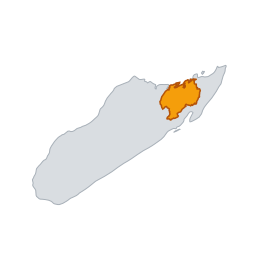 location of Sofia within Madagascar, rotated 43°
{"feature_id": "MDG-5880", "entity_name": "Sofia", "entity_type": "Autonomous Province", "adm_level": 1, "iso_a3": "MDG", "parent_name": "Madagascar", "parent_adm1": "", "projection": "equal_earth", "projection_center": [48.484, -15.315], "detail": "fine", "context": "in_parent", "style": "filled", "palette": "amber", "viewbox_px": 256, "rotation_deg": 43, "n_neighbors": 0, "source": "natural_earth", "source_scale": "10m", "svg_char_len": 7927}
<svg xmlns="http://www.w3.org/2000/svg" viewBox="0 0 256 256"><g transform="rotate(43 128 128)"><path d="M160.9,21.6L161.5,23.4L162.1,25.1L164.2,29.2L165.1,30.8L165.9,32.4L166.3,35.8L167.6,41.0L168.8,48.8L169.2,56.8L169.6,60.5L170.5,64.0L172.1,67.5L172.6,71.5L171.6,75.6L170.2,79.5L169.9,80.2L169.2,81.2L168.9,81.2L167.8,80.2L166.8,78.5L165.7,74.7L165.2,72.7L164.8,72.4L163.4,72.6L162.4,73.8L162.2,74.6L162.4,76.8L162.8,78.7L162.9,80.7L163.0,83.2L163.3,83.9L163.9,84.5L164.4,86.2L164.5,90.1L164.2,92.0L163.2,93.7L163.3,94.6L163.6,95.6L163.3,96.1L162.0,96.9L161.5,97.5L160.8,99.2L159.6,102.7L159.5,104.5L160.2,109.9L160.0,113.7L158.5,121.0L157.7,124.5L156.5,128.7L154.7,134.1L153.0,141.0L151.5,148.0L150.4,152.2L149.1,156.4L147.4,163.7L146.0,171.1L143.8,179.3L140.8,188.4L140.5,189.6L139.9,194.2L139.3,198.2L138.5,202.2L136.8,208.8L136.7,210.8L136.3,212.7L134.7,216.8L134.0,218.3L133.6,220.0L133.3,222.0L132.8,224.0L131.7,227.6L130.0,230.8L128.8,231.9L126.2,233.5L125.0,233.9L122.1,233.9L119.3,234.9L116.4,236.7L113.7,238.7L112.6,239.7L111.4,240.3L107.8,240.4L106.7,239.9L103.0,236.5L101.5,236.0L98.8,235.5L98.0,235.2L97.3,234.8L96.2,233.0L94.0,231.5L93.4,231.0L93.1,230.0L92.9,228.9L92.3,227.6L91.8,225.2L91.1,223.6L89.1,220.6L88.8,219.7L88.6,216.5L88.7,214.4L88.4,210.5L88.6,208.7L89.3,207.1L89.0,205.3L88.2,203.4L87.9,201.5L87.4,199.7L85.2,196.5L84.7,194.9L84.3,193.3L83.5,188.2L83.4,186.4L83.4,182.7L83.7,180.8L84.2,179.4L84.3,178.4L84.6,177.6L85.1,176.9L85.5,176.1L86.2,171.3L87.2,170.2L88.7,169.6L89.8,168.3L90.5,166.6L91.1,163.1L93.0,159.7L93.6,157.8L95.1,155.1L96.4,151.2L96.8,149.4L97.1,147.5L97.4,143.4L97.6,141.3L97.6,139.3L96.8,137.2L94.9,133.4L94.8,132.7L95.0,129.8L94.8,127.8L94.1,125.8L93.2,123.8L92.3,120.2L91.9,114.3L91.9,112.2L91.7,110.2L91.0,108.4L91.4,105.2L96.9,93.7L97.0,92.3L96.8,88.8L96.9,86.7L97.1,86.0L97.5,85.5L98.4,85.3L102.9,84.8L103.5,84.5L104.6,83.5L106.1,81.6L106.8,81.0L107.4,81.2L107.8,82.0L108.3,82.5L110.1,81.6L110.8,81.6L111.5,81.7L111.8,81.0L112.0,79.9L112.3,79.2L112.8,78.7L115.1,78.5L116.6,78.2L118.5,77.5L118.9,77.6L120.4,80.3L120.9,80.5L121.5,80.6L122.0,80.1L120.8,78.7L120.6,77.9L120.7,77.1L121.3,75.1L122.4,73.7L124.9,71.5L127.5,68.9L128.3,68.7L128.9,69.1L129.4,72.2L129.4,72.7L129.8,72.7L130.3,72.3L130.7,71.1L130.7,70.1L130.3,69.1L130.2,68.3L130.2,67.6L131.5,65.8L132.5,64.1L133.0,62.0L133.4,61.1L134.5,60.0L134.8,60.2L135.1,61.1L135.2,62.0L134.9,62.9L134.5,63.8L134.4,65.0L135.0,65.2L135.6,64.9L136.4,62.7L137.4,60.7L138.0,59.6L138.7,58.9L139.9,59.0L141.1,59.5L139.2,57.3L138.7,54.4L141.0,49.3L141.0,48.2L141.3,47.9L141.5,47.5L140.3,45.7L140.1,44.9L140.2,43.6L140.8,42.4L141.3,41.6L142.0,41.3L142.6,41.8L143.9,43.2L144.7,43.4L145.8,42.0L146.6,40.3L147.9,39.2L149.3,38.4L151.5,35.8L153.0,30.1L153.1,28.5L152.8,26.5L152.3,24.6L151.4,22.3L151.6,21.7L152.8,22.0L153.2,21.7L154.6,19.6L156.7,15.6L157.4,15.6L158.0,16.4L158.3,17.5L158.7,18.3L160.2,20.2L160.9,21.6ZM145.8,37.4L145.8,38.0L144.2,37.7L143.9,35.6L144.7,35.6L144.9,34.7L145.4,34.6L145.9,36.5L145.8,37.4ZM165.7,97.0L164.3,100.1L164.7,97.6L166.4,93.8L166.8,93.6L165.7,97.0Z" fill="#d9dde1" stroke="#a8b0b8" stroke-width="1"/><path d="M130.9,72.6L131.3,72.7L131.7,72.5L131.9,72.3L132.0,72.0L131.9,71.9L131.6,71.9L131.5,71.7L131.2,71.2L131.1,70.1L130.9,70.0L130.4,70.2L130.4,69.8L130.5,69.4L130.2,69.4L130.0,69.0L129.8,68.8L129.7,68.7L129.7,68.3L129.8,67.9L130.1,67.3L130.6,66.8L131.1,66.4L131.6,65.8L131.8,64.8L132.0,64.5L132.6,63.7L132.9,63.5L133.2,63.4L133.5,63.4L133.7,63.2L133.7,62.8L133.6,62.4L133.4,62.4L133.3,62.5L133.2,62.8L132.9,62.9L132.7,62.8L132.5,62.4L133.0,61.7L134.6,59.5L134.7,59.3L134.8,59.4L134.9,59.8L135.2,60.2L135.2,60.3L135.2,61.4L135.2,61.6L135.4,61.8L135.5,62.0L135.3,62.4L134.6,63.5L134.4,63.9L134.3,64.4L134.1,66.5L134.4,66.8L134.5,66.8L134.9,66.5L135.0,66.4L135.3,65.9L135.4,65.5L135.5,65.0L135.9,64.6L136.0,64.8L136.1,64.6L136.1,64.2L136.1,63.9L137.0,61.7L137.1,61.2L137.6,60.4L137.6,60.0L137.6,59.8L138.0,59.5L138.3,59.1L138.4,58.9L138.5,58.6L138.6,58.4L138.9,58.1L139.0,57.7L139.5,58.7L139.8,59.0L140.3,59.2L140.5,59.3L140.5,59.5L140.5,59.9L140.5,60.1L140.7,59.9L140.7,59.5L140.6,59.1L140.8,58.6L141.1,58.7L141.4,59.0L141.5,59.6L141.5,60.7L141.5,61.0L141.7,60.6L141.8,60.1L141.8,59.4L141.7,58.8L141.4,58.5L141.3,58.4L140.8,57.9L140.6,57.7L140.4,57.8L140.0,58.1L139.9,58.1L139.7,58.2L139.3,57.9L139.1,57.5L139.1,57.4L138.7,58.0L138.4,58.3L138.3,58.2L138.0,57.4L138.2,57.1L138.2,56.8L138.1,56.7L137.9,56.1L137.9,55.9L137.8,55.7L137.8,55.0L137.9,54.4L138.0,53.9L138.3,53.4L138.6,53.2L138.7,52.8L138.7,52.3L138.8,52.1L138.9,51.9L139.2,51.8L139.8,52.3L140.2,52.3L140.4,52.3L140.6,52.3L140.8,52.1L140.9,51.8L141.0,51.3L140.9,50.9L140.8,50.4L140.6,50.0L140.4,49.8L140.5,49.6L140.8,49.7L141.3,50.2L141.6,50.4L141.7,50.5L141.5,51.1L141.5,51.3L141.4,51.7L141.3,52.6L141.2,53.0L141.2,53.4L141.3,53.6L141.5,53.6L141.6,53.0L141.9,52.6L141.9,52.4L141.8,52.1L141.7,51.9L141.7,51.7L141.7,51.3L142.1,50.7L142.2,50.3L142.2,50.0L142.1,49.6L142.0,49.3L141.9,49.2L142.1,49.0L142.2,48.9L142.0,48.5L142.1,48.4L142.4,48.3L142.5,48.1L142.6,47.9L142.5,47.6L142.5,47.4L143.1,47.1L143.5,46.7L144.0,46.4L144.4,46.0L144.6,45.9L144.7,46.0L144.2,47.1L143.9,47.4L143.9,47.5L143.8,48.0L143.8,48.4L143.9,48.5L144.1,48.6L144.3,48.3L144.5,48.3L144.6,48.5L144.9,49.1L145.5,49.5L145.9,50.0L146.2,50.2L146.5,50.3L146.8,50.1L147.1,50.1L147.3,50.0L147.7,49.8L148.0,49.5L148.1,49.4L148.3,49.6L148.8,50.3L149.4,50.6L150.3,51.5L150.6,51.6L150.8,51.4L151.1,51.4L151.3,51.2L151.4,51.3L151.5,51.3L151.8,51.9L151.8,52.0L151.9,52.3L152.0,52.3L152.2,52.0L152.5,51.7L152.8,51.5L153.3,50.8L153.7,50.6L153.9,50.6L154.1,50.8L154.4,50.9L154.6,50.9L155.2,51.4L155.4,51.4L155.5,51.5L155.6,51.8L155.8,52.5L156.0,52.9L156.1,53.2L156.5,53.5L156.9,54.1L157.3,54.5L157.5,55.0L157.8,55.4L158.0,55.7L158.4,55.8L158.5,56.0L158.8,56.2L159.0,56.5L159.1,56.8L159.0,57.0L158.9,57.1L158.7,57.3L158.7,57.5L158.9,58.0L159.3,58.7L159.8,60.1L159.8,60.3L159.8,60.6L160.1,61.6L160.2,61.9L160.6,62.2L161.2,63.2L161.3,63.5L161.4,64.0L161.1,64.2L160.8,64.6L160.7,64.7L160.7,64.8L160.4,64.7L160.0,64.4L159.9,64.3L159.8,64.5L159.8,64.8L159.9,65.3L159.9,65.5L159.7,66.3L159.7,66.5L159.8,66.7L159.8,67.0L159.8,67.3L159.7,67.5L159.4,67.6L159.1,67.6L158.8,67.5L158.7,67.5L158.7,68.0L158.8,68.3L158.8,68.6L158.7,68.9L158.6,69.1L158.2,69.0L157.8,69.3L157.6,69.4L157.3,69.7L157.1,69.8L156.9,69.7L156.7,69.8L156.5,70.0L156.2,70.3L155.8,70.5L155.5,70.8L155.4,70.8L155.1,70.8L154.5,70.9L154.4,70.9L154.3,71.1L154.2,71.5L154.3,71.8L154.4,72.2L154.5,72.5L155.1,72.5L155.3,72.7L155.5,72.7L155.6,72.8L155.5,73.0L155.4,73.3L155.2,73.5L155.1,73.9L155.1,74.3L155.2,74.5L154.9,76.6L154.8,77.5L154.8,77.8L155.0,78.3L155.2,78.6L155.2,79.0L155.4,79.9L155.4,80.3L155.2,80.8L155.0,81.1L154.7,81.6L154.5,81.9L154.4,82.4L154.3,83.1L154.1,83.6L154.1,83.8L155.4,84.7L155.8,84.7L156.3,84.8L156.6,84.9L156.6,85.0L156.7,85.5L156.8,85.8L156.8,86.0L156.7,86.3L156.0,88.1L155.9,88.3L155.9,88.5L155.6,89.0L155.4,89.3L154.9,89.6L154.6,89.7L154.5,89.8L154.5,90.0L154.5,90.4L154.4,90.7L154.2,91.1L154.0,91.6L153.8,92.0L153.7,92.1L153.7,92.4L153.9,92.9L153.8,93.0L153.6,93.1L153.0,93.3L152.5,93.1L152.0,93.2L150.9,94.2L150.6,94.6L150.3,94.7L150.2,94.7L149.7,93.8L149.5,93.3L149.5,93.1L149.5,92.8L149.6,92.5L149.8,92.0L149.8,91.9L149.9,91.7L149.6,91.3L149.6,91.1L149.6,90.4L149.4,90.0L149.4,89.7L149.2,89.5L149.1,89.2L148.8,88.9L148.5,88.7L148.1,88.5L147.9,88.4L147.6,87.8L147.3,87.5L147.2,87.5L146.9,87.5L146.7,87.5L146.4,87.4L146.4,87.1L146.1,86.9L145.9,86.8L145.6,86.5L145.4,86.2L145.2,85.9L144.9,86.0L144.6,85.9L144.0,86.0L143.7,86.2L143.5,86.3L143.2,86.4L142.8,86.4L142.5,86.2L142.2,86.2L141.9,86.1L141.7,86.1L141.3,86.1L141.2,86.2L141.2,86.5L140.8,87.1L140.7,87.4L140.7,87.7L140.8,88.3L140.8,88.6L140.7,89.6L140.6,90.0L140.5,90.5L138.6,89.9L137.5,89.2L136.9,88.6L135.5,88.6L133.3,86.9L133.1,85.4L132.3,84.0L131.4,82.1L130.9,78.5L130.4,75.7L130.9,72.6Z" fill="#f59e0b" stroke="#b45309" stroke-width="1.5"/></g></svg>